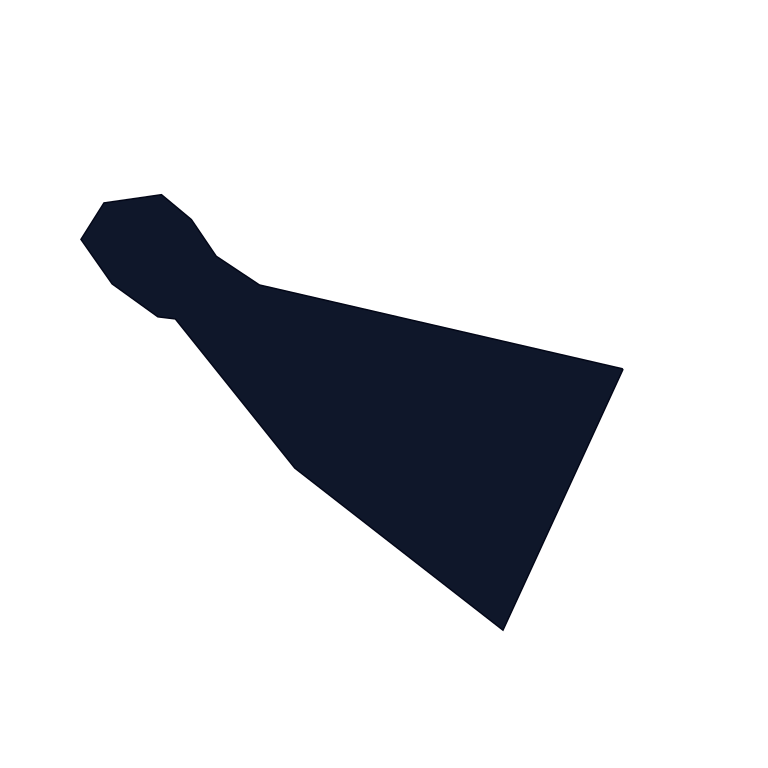 outline of Conakry, rotated 68°
{"feature_id": "GIN-5630", "entity_name": "Conakry", "entity_type": "Administrative Zone", "adm_level": 1, "iso_a3": "GIN", "parent_name": "Guinea", "parent_adm1": "", "projection": "mercator", "projection_center": [-13.696, 9.54], "detail": "fine", "context": "isolated", "style": "filled", "palette": "ink", "viewbox_px": 768, "rotation_deg": 68, "n_neighbors": 0, "source": "natural_earth", "source_scale": "10m", "svg_char_len": 338}
<svg xmlns="http://www.w3.org/2000/svg" viewBox="0 0 768 768"><g transform="rotate(68 384 384)"><path d="M656.8,365.9L428.6,498.2L245.5,553.1L237.0,568.5L189.3,598.6L136.4,610.8L111.2,575.8L125.1,519.4L159.4,501.0L202.7,491.7L245.5,462.4L459.1,157.4L460.2,157.2L656.8,365.9Z" fill="#0f172a" stroke="#020617" stroke-width="1.5"/></g></svg>